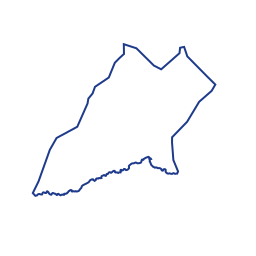 outline of Xangal, Bulgan, Mongolia, rotated 200°
{"feature_id": "93677404B82174237712715", "entity_name": "Xangal", "entity_type": "district", "adm_level": 2, "iso_a3": "MNG", "parent_name": "Mongolia", "parent_adm1": "Bulgan", "projection": "mercator", "projection_center": [104.393, 49.375], "detail": "fine", "context": "isolated", "style": "outline", "palette": "blue", "viewbox_px": 256, "rotation_deg": 200, "n_neighbors": 0, "source": "geoboundaries", "source_scale": "gbopen_adm2", "svg_char_len": 5325}
<svg xmlns="http://www.w3.org/2000/svg" viewBox="0 0 256 256"><g transform="rotate(200 128 128)"><path d="M191.9,32.6L191.6,32.9L191.4,33.0L191.0,33.1L190.8,33.3L190.5,33.5L190.2,34.2L190.0,34.7L189.7,35.1L189.2,35.5L188.5,35.7L187.8,35.7L187.4,35.7L187.1,35.8L186.6,36.0L186.1,36.1L186.0,36.4L186.0,36.7L186.0,37.2L186.0,37.8L185.9,38.1L185.6,38.5L185.2,38.7L184.7,38.7L184.2,38.6L183.7,38.6L183.2,38.7L183.0,38.8L182.7,39.0L182.5,39.3L182.4,39.6L182.4,39.8L182.6,40.1L182.6,40.3L182.6,40.5L182.4,40.8L182.1,40.9L181.7,40.8L181.2,40.6L180.6,40.3L180.1,39.7L179.3,39.2L178.5,39.0L177.8,39.0L177.4,39.0L177.2,39.2L177.1,39.5L177.1,39.9L177.0,40.4L176.7,41.0L175.9,41.3L175.5,41.3L175.1,41.2L174.7,41.1L174.2,41.3L173.4,41.3L173.0,41.1L172.7,41.0L172.4,40.8L172.2,40.7L171.9,40.8L171.5,41.1L171.4,41.4L171.4,41.6L171.4,42.0L171.0,42.3L170.7,42.3L170.3,42.1L169.8,42.0L169.2,41.8L168.6,41.7L168.2,41.8L168.0,42.0L167.8,42.3L167.7,42.5L167.1,42.9L166.2,43.0L166.0,43.3L165.8,43.4L165.4,43.4L165.4,43.5L165.6,43.8L165.6,44.0L165.5,44.3L165.4,44.4L165.2,44.5L164.8,44.4L164.7,44.4L164.5,44.6L164.4,44.8L163.7,45.1L163.2,45.6L162.9,46.0L162.9,46.5L162.5,46.9L162.4,47.0L162.3,47.6L162.2,48.1L162.1,48.4L161.8,48.7L161.5,48.9L161.3,49.3L161.1,49.8L160.8,50.0L160.5,50.1L160.1,50.2L159.8,50.2L159.4,50.1L159.2,50.0L159.1,49.9L159.1,49.7L159.2,49.4L159.0,49.2L158.8,49.2L158.6,49.3L157.8,49.7L157.6,49.9L156.9,50.1L156.5,50.1L156.2,50.2L156.0,50.3L155.9,50.4L155.8,50.6L155.5,50.7L155.1,50.8L154.8,50.7L154.4,50.8L154.1,51.0L153.1,51.7L152.7,52.1L152.6,52.4L152.5,52.6L152.4,53.1L152.3,53.6L152.3,53.8L152.1,54.0L152.0,54.4L151.6,55.3L151.4,55.7L151.4,56.1L151.4,56.6L151.5,57.1L151.4,57.7L151.1,58.3L150.6,59.0L149.2,60.5L148.2,61.5L147.3,62.5L146.8,63.1L146.4,63.7L146.1,64.4L146.0,64.7L146.0,65.1L145.9,65.5L145.7,66.0L145.3,66.4L144.7,67.1L144.3,67.4L144.0,67.6L143.7,67.7L143.3,67.8L143.2,67.7L143.1,67.4L142.8,67.2L142.6,67.2L142.3,67.3L142.0,67.2L141.7,67.1L141.4,66.9L141.3,67.0L141.0,67.3L140.5,68.2L140.6,68.7L140.6,69.0L140.5,69.4L140.2,69.8L139.8,70.1L139.4,70.2L139.0,70.3L138.8,70.2L138.7,70.3L138.5,70.5L138.3,70.9L138.0,71.1L137.8,71.2L137.6,71.2L137.2,71.3L136.1,71.7L136.0,71.8L135.9,71.9L136.0,72.0L136.1,72.3L136.3,73.0L136.3,73.4L136.3,73.7L136.1,73.9L135.8,74.3L135.4,74.6L134.5,75.5L134.3,75.6L134.1,75.6L133.8,75.6L133.3,75.3L133.1,75.3L132.9,75.3L132.6,75.4L132.5,75.5L132.3,75.8L132.3,76.0L132.3,76.9L132.3,77.2L132.2,77.5L131.8,77.7L131.4,77.8L131.2,78.0L131.1,78.5L131.0,79.0L130.8,79.4L130.7,79.7L130.3,80.1L129.7,80.3L129.4,80.3L129.2,80.3L128.9,80.2L128.7,80.1L128.4,80.3L127.9,81.0L127.6,81.9L127.3,82.2L127.0,82.4L126.8,82.7L126.5,83.0L126.2,83.1L125.9,83.1L125.7,83.0L125.6,82.9L125.4,82.7L125.2,82.2L124.9,82.0L124.5,82.0L124.2,82.0L123.6,82.4L123.3,82.5L123.0,82.5L122.7,82.5L122.2,82.4L121.9,82.4L121.7,82.5L121.5,82.8L121.2,83.2L120.9,83.4L120.6,83.6L120.4,83.6L120.0,83.6L119.8,83.7L119.8,83.8L119.8,84.1L119.9,84.4L119.9,84.5L119.8,85.0L120.3,85.4L120.5,85.5L120.5,85.8L120.5,86.1L120.3,86.3L119.9,86.4L119.6,86.4L119.2,86.3L118.9,86.2L118.6,86.3L118.4,86.5L118.1,86.9L117.9,87.3L117.9,87.5L117.8,87.9L117.8,88.0L117.5,88.2L117.2,88.3L116.8,88.3L116.6,88.3L115.9,87.9L115.6,87.8L115.4,87.8L115.2,87.9L115.0,88.0L114.7,88.2L114.0,88.9L113.3,90.3L113.3,90.6L113.4,90.9L113.5,91.1L113.6,91.4L113.8,91.7L114.0,92.0L114.1,92.5L114.1,92.9L114.0,93.1L113.8,93.5L113.5,94.0L113.1,94.6L112.9,95.1L112.5,95.7L112.1,96.0L111.5,96.4L111.0,96.6L110.6,96.8L110.2,97.0L109.9,97.3L109.5,97.8L109.1,98.1L108.7,98.2L108.3,98.2L108.0,98.2L107.6,98.1L107.2,98.1L106.9,98.1L106.4,98.3L106.0,98.5L105.0,99.1L104.3,99.6L104.1,99.9L104.0,100.2L103.9,100.6L104.0,101.3L104.1,101.6L104.0,102.0L104.0,102.3L104.1,102.5L104.1,102.9L104.0,103.1L103.6,103.2L103.2,103.1L102.8,103.3L102.7,103.4L102.6,104.0L102.6,104.3L102.3,104.6L101.7,105.4L100.9,106.3L100.3,106.8L98.9,107.9L98.7,107.9L98.4,107.8L98.2,107.6L97.4,107.3L97.0,107.1L96.6,107.1L96.2,107.1L95.9,106.8L96.2,106.7L96.5,106.7L97.1,106.7L97.4,106.8L97.5,106.8L97.6,106.7L97.6,106.4L97.4,106.2L97.1,106.0L96.7,105.4L96.4,105.0L96.2,104.5L96.2,104.0L96.0,103.8L95.5,103.5L95.2,103.2L94.0,101.8L93.7,101.4L93.1,101.1L92.7,100.9L91.4,100.3L91.0,100.1L90.7,100.2L90.4,100.2L90.0,100.1L89.4,99.9L89.2,99.9L88.8,100.1L88.5,100.4L88.0,100.6L87.5,100.7L86.6,100.5L86.3,100.5L86.0,100.5L85.1,101.0L84.4,101.1L83.8,101.1L83.2,100.9L82.8,100.8L82.5,100.6L82.3,100.3L82.1,100.0L81.8,99.8L81.6,99.7L81.0,99.7L80.9,99.8L80.7,99.9L80.6,100.1L80.5,100.3L80.5,101.1L80.3,101.4L79.9,101.7L79.5,101.9L79.2,101.9L78.7,101.8L78.4,101.7L78.2,101.4L78.1,101.2L77.9,100.1L77.7,99.9L77.5,99.6L77.2,99.4L77.0,99.2L76.5,99.1L76.3,99.1L76.0,98.9L75.8,98.8L75.4,98.8L74.8,98.8L74.5,98.9L74.2,99.1L73.7,99.5L73.2,99.6L71.8,99.7L71.3,99.8L71.0,99.9L70.7,100.2L70.2,100.8L69.9,101.1L69.6,101.2L69.4,101.2L69.1,101.1L68.8,101.0L68.4,101.0L68.1,101.1L67.7,101.2L66.7,101.9L66.2,102.0L66.1,104.3L74.4,113.4L81.7,129.5L83.4,134.4L74.6,154.0L70.1,177.0L62.1,191.5L60.8,198.7L71.5,203.6L96.8,215.6L103.0,223.4L106.5,221.2L105.2,215.9L116.9,194.5L125.0,195.5L147.4,205.8L160.6,205.3L157.1,196.2L160.0,190.7L162.7,184.8L163.3,168.9L173.1,155.4L173.1,148.3L175.3,142.1L174.4,137.1L176.1,111.8L191.7,94.2L194.0,80.8L193.8,47.2L195.2,34.3L191.9,32.6Z" fill="none" stroke="#1e3a8a" stroke-width="2"/></g></svg>